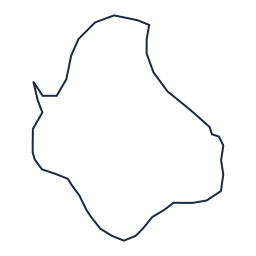 the district of Kosan, Kangwŏn-do, North Korea
{"feature_id": "82179303B69390699872040", "entity_name": "Kosan", "entity_type": "district", "adm_level": 2, "iso_a3": "PRK", "parent_name": "North Korea", "parent_adm1": "Kangwŏn-do", "projection": "robinson", "projection_center": [127.417, 38.897], "detail": "fine", "context": "isolated", "style": "outline", "palette": "slate", "viewbox_px": 256, "rotation_deg": 0, "n_neighbors": 0, "source": "geoboundaries", "source_scale": "gbopen_adm2", "svg_char_len": 667}
<svg xmlns="http://www.w3.org/2000/svg" viewBox="0 0 256 256"><path d="M33.3,81.5L37.8,100.5L42.4,112.4L32.9,129.0L32.7,143.2L32.7,152.7L34.9,159.8L41.9,169.3L56.0,174.1L67.8,178.8L72.4,186.0L79.4,195.5L86.3,209.7L91.0,216.8L100.3,228.7L112.0,235.9L123.8,240.6L125.7,239.9L135.6,235.9L142.7,228.8L152.3,217.0L164.1,209.9L173.6,202.8L192.5,202.9L206.6,200.5L220.9,191.1L223.3,174.5L221.1,160.3L223.3,145.5L219.0,136.6L211.9,134.2L209.6,127.0L190.9,110.4L179.2,100.9L167.5,91.4L153.5,72.4L146.6,53.4L146.7,39.2L149.2,24.9L137.5,20.2L114.0,15.4L95.1,22.4L78.5,39.0L71.2,55.6L66.3,79.3L56.7,95.8L42.6,95.8L33.3,81.5Z" fill="none" stroke="#1e293b" stroke-width="2"/></svg>